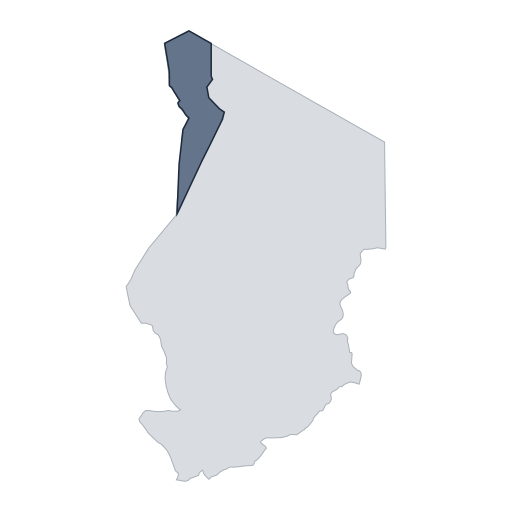 Tibesti Ouest, Tibesti, Chad shown in context
{"feature_id": "50815135B44379234996248", "entity_name": "Tibesti Ouest", "entity_type": "district", "adm_level": 2, "iso_a3": "TCD", "parent_name": "Chad", "parent_adm1": "Tibesti", "projection": "robinson", "projection_center": [15.609, 20.194], "detail": "fine", "context": "in_parent", "style": "filled", "palette": "slate", "viewbox_px": 512, "rotation_deg": 0, "n_neighbors": 0, "source": "geoboundaries", "source_scale": "gbopen_adm2", "svg_char_len": 6568}
<svg xmlns="http://www.w3.org/2000/svg" viewBox="0 0 512 512"><path d="M384.6,142.1L384.7,154.7L384.9,167.3L385.0,179.9L385.2,192.5L385.3,205.0L385.5,217.6L385.7,230.2L385.8,242.8L385.9,247.0L385.6,248.6L385.4,248.9L385.0,249.1L379.1,248.0L376.5,247.9L372.9,248.8L367.6,249.3L364.2,249.2L361.9,251.3L360.1,253.9L361.0,260.2L360.8,262.3L360.1,264.4L358.5,266.3L357.0,267.7L356.0,269.0L354.8,271.9L354.0,273.2L354.1,274.9L353.8,276.8L352.8,277.8L350.4,278.5L348.8,279.3L347.5,280.7L346.7,281.7L347.1,283.0L347.8,284.8L348.1,287.5L348.4,289.2L349.6,290.5L350.4,291.5L350.6,292.6L349.9,293.6L346.9,295.6L345.7,296.4L344.4,297.4L343.8,297.8L341.6,299.7L340.5,301.4L340.0,302.8L340.1,304.8L341.2,307.7L342.4,310.2L342.9,312.1L343.2,314.2L343.1,316.1L342.5,317.8L341.4,319.3L337.3,322.2L335.2,325.4L333.6,329.2L333.2,331.3L333.7,332.7L334.6,333.9L335.8,334.5L337.6,334.7L340.6,334.0L343.3,333.6L346.3,335.0L347.9,338.2L347.3,340.6L348.4,344.8L349.4,350.0L349.4,351.7L349.8,352.4L351.7,352.7L352.1,353.9L351.5,362.9L352.4,365.5L353.7,367.3L355.1,368.2L356.5,369.4L357.2,370.3L358.8,370.5L360.7,372.1L361.2,374.3L361.1,376.4L360.0,381.0L359.2,384.1L358.1,383.9L356.0,383.1L353.3,382.5L350.1,381.9L347.0,383.2L343.7,384.8L342.7,386.0L341.8,386.7L340.3,386.6L339.0,386.8L338.2,388.0L337.0,389.3L332.3,391.9L331.3,392.9L330.7,393.8L330.7,394.9L331.2,397.0L331.2,399.7L330.1,401.9L328.9,403.3L327.5,403.9L326.3,404.2L325.5,405.1L323.1,410.0L322.0,410.9L319.8,410.8L313.5,418.1L312.9,420.3L310.6,423.4L307.7,426.8L305.0,428.5L304.8,429.1L304.1,429.8L302.5,430.5L297.0,434.7L290.3,434.5L287.3,436.1L284.5,436.9L280.3,437.7L279.0,437.6L273.6,437.9L267.3,437.8L264.9,438.4L262.6,440.0L260.9,441.4L260.7,441.8L260.9,442.4L260.8,442.9L265.3,446.3L266.4,448.0L265.3,449.6L264.7,449.8L264.0,451.2L261.4,455.0L257.4,459.6L255.4,460.9L254.6,461.7L253.6,464.8L252.9,465.2L250.2,465.6L244.8,465.9L237.4,466.9L232.9,467.2L230.2,466.9L226.3,469.0L224.9,469.6L224.0,469.7L220.2,471.8L217.0,474.9L215.8,475.5L211.3,476.8L209.5,479.0L208.7,479.1L205.8,476.3L203.8,473.7L202.9,471.1L202.8,470.3L202.2,470.4L200.6,471.6L199.3,472.9L198.6,475.4L194.0,477.1L190.0,478.5L188.2,480.4L185.4,481.3L181.8,480.9L179.0,480.2L176.3,479.9L177.6,477.6L178.1,475.9L178.2,473.9L178.0,472.5L176.4,471.8L175.4,470.7L173.0,464.1L170.6,457.4L167.3,450.8L163.6,446.5L160.9,443.9L160.1,443.6L158.7,442.8L157.7,442.1L152.9,437.6L147.8,432.5L146.5,430.2L144.0,426.8L141.2,423.3L139.7,421.7L139.0,418.8L141.0,416.1L143.0,412.8L145.6,410.6L148.9,410.5L154.4,411.4L160.3,411.7L166.2,411.0L167.7,410.5L169.2,410.6L172.3,411.3L177.8,411.2L180.6,409.8L177.6,407.6L174.3,403.9L171.2,400.0L169.4,396.4L167.7,391.8L166.1,386.0L165.1,378.6L165.3,374.4L165.8,371.4L167.4,366.6L166.3,363.7L166.6,361.4L166.4,358.0L165.9,356.2L163.8,350.6L163.3,349.9L161.5,346.0L160.6,339.5L158.5,335.1L155.1,333.0L153.2,330.5L152.5,326.0L151.1,324.8L145.8,323.2L141.3,323.2L138.0,318.1L133.9,311.6L130.0,305.5L127.5,293.4L126.1,286.5L127.8,284.3L130.9,279.4L135.0,269.9L144.2,255.3L148.9,247.8L158.3,236.6L169.7,222.9L176.2,215.1L177.2,201.0L178.3,186.1L179.2,174.8L180.2,161.5L181.1,150.3L181.7,142.2L182.6,130.6L183.3,128.4L187.8,119.4L188.2,118.2L187.3,116.6L180.9,109.0L179.0,107.2L177.8,103.2L179.4,101.0L171.8,88.1L169.9,86.5L169.1,84.9L169.0,82.6L168.8,73.7L166.8,59.7L164.2,43.4L173.1,38.7L179.9,35.2L188.6,30.7L196.7,35.3L208.3,42.0L220.0,48.7L231.7,55.4L243.4,62.0L255.1,68.7L266.8,75.4L278.6,82.1L290.3,88.7L302.1,95.4L313.8,102.1L325.6,108.7L337.4,115.4L349.2,122.1L361.0,128.8L372.8,135.4L384.6,142.1Z" fill="#d9dde1" stroke="#a8b0b8" stroke-width="1"/><path d="M211.2,43.5L189.0,30.9L164.7,43.3L164.7,43.5L164.8,44.3L165.0,45.3L165.2,46.7L165.3,47.1L165.4,47.7L165.4,47.8L165.5,48.8L165.8,50.2L165.9,50.9L166.4,53.7L166.6,55.4L167.0,57.2L167.4,60.1L167.6,60.7L167.6,61.0L167.7,61.4L168.0,63.4L168.1,64.2L168.1,64.4L168.1,64.5L168.3,64.8L168.3,65.5L168.7,67.7L169.0,69.8L169.2,70.9L169.2,71.2L169.3,71.8L169.3,72.1L169.3,72.6L169.3,74.8L169.4,75.4L169.4,75.9L169.3,77.2L169.3,77.7L169.4,78.0L169.4,78.3L169.4,81.9L169.4,84.7L169.4,84.8L169.4,85.2L169.5,85.4L169.5,85.8L171.2,87.2L171.7,87.5L171.8,87.7L171.9,87.9L172.0,88.1L172.5,88.8L172.7,89.2L173.0,89.7L173.3,90.1L173.6,90.7L174.4,92.1L174.7,92.5L174.9,92.8L175.4,93.6L175.7,94.1L176.0,94.5L176.2,94.8L176.4,95.2L176.8,95.9L177.3,96.6L179.1,99.5L179.9,100.7L179.8,100.9L179.2,101.4L178.7,101.8L178.4,102.1L178.1,102.6L178.1,102.8L178.0,103.1L178.0,103.5L178.1,103.8L178.2,104.0L178.5,104.8L178.7,105.3L178.8,105.5L179.0,106.1L179.6,106.8L179.7,107.0L180.3,107.5L180.8,108.0L181.6,108.7L182.4,109.6L182.8,110.2L183.1,110.6L183.3,110.8L183.5,111.1L183.9,111.9L184.5,112.8L184.6,113.0L184.9,113.5L185.0,113.7L185.6,114.6L185.8,114.9L186.3,115.5L187.1,116.2L187.2,116.3L188.6,117.7L188.7,117.9L188.9,118.1L188.8,118.3L188.6,118.8L187.0,121.9L186.9,122.1L186.5,122.9L185.1,125.6L185.0,125.8L184.9,126.0L183.8,127.9L183.2,129.1L183.1,129.3L182.9,130.1L182.9,130.4L182.9,130.5L182.7,132.3L182.7,132.6L182.6,132.9L182.5,134.0L182.4,134.2L182.4,134.4L182.4,134.5L182.4,135.1L182.2,136.0L182.2,136.6L182.1,136.8L182.1,137.0L182.1,137.3L182.0,137.6L182.0,137.8L181.9,138.7L181.8,139.5L181.7,140.7L181.7,140.9L181.7,141.4L181.7,141.5L181.5,142.6L181.4,143.1L181.3,144.9L181.2,145.3L181.1,145.7L181.1,145.9L181.1,146.0L181.1,146.6L181.0,147.0L180.7,149.8L180.6,150.1L180.6,150.7L180.6,151.0L180.5,151.5L180.3,153.5L180.2,153.6L180.2,154.0L180.1,155.0L179.9,157.0L179.6,159.2L179.6,159.6L179.6,159.8L179.5,160.7L179.3,161.8L179.3,162.5L179.2,162.7L179.2,163.1L179.2,163.4L179.1,163.7L179.1,164.2L179.0,166.3L178.9,166.9L179.0,167.1L179.0,167.5L179.0,167.8L178.9,168.6L178.9,169.9L178.8,170.6L178.8,171.3L178.6,174.9L178.6,175.3L178.6,176.1L178.5,178.3L178.5,178.5L178.4,180.2L178.4,181.9L178.3,182.0L178.3,184.2L178.2,185.6L178.2,186.4L178.1,186.6L178.1,186.8L178.1,187.6L178.1,188.4L178.1,188.7L178.1,188.8L178.1,189.1L178.0,190.0L178.0,191.0L177.9,192.3L177.9,192.5L177.9,193.1L177.8,195.4L177.8,195.5L177.8,196.2L177.6,199.8L177.5,201.7L177.4,203.3L177.4,203.7L177.4,203.8L177.4,204.3L177.4,205.2L177.3,205.8L177.3,206.0L177.3,206.9L177.3,207.3L177.3,207.7L177.3,207.8L177.3,208.0L177.2,208.6L177.2,209.7L177.1,210.1L177.1,210.4L177.1,211.3L177.1,211.8L177.0,212.3L177.1,212.6L177.1,212.9L177.0,213.2L177.0,213.3L177.0,213.5L177.0,214.0L177.4,213.3L201.8,161.2L211.0,142.8L222.6,119.0L222.8,117.8L222.8,117.6L223.3,115.9L224.3,112.1L219.7,109.0L214.0,103.1L208.8,97.7L207.0,87.7L206.7,87.3L212.5,79.4L211.2,76.1L211.2,66.5L211.2,43.5Z" fill="#64748b" stroke="#1e293b" stroke-width="1.5"/></svg>